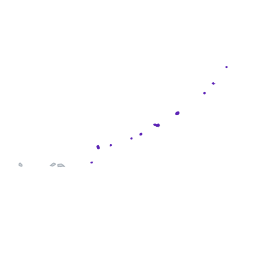 Northern Islands, Northern Islands, Northern Mariana Islands (highlighted), rotated 67°
{"feature_id": "39175420B77088391070908", "entity_name": "Northern Islands", "entity_type": "district", "adm_level": 2, "iso_a3": "MNP", "parent_name": "Northern Mariana Islands", "parent_adm1": "Northern Islands", "projection": "natural_earth1", "projection_center": [145.647, 18.28], "detail": "fine", "context": "in_parent", "style": "filled", "palette": "violet", "viewbox_px": 256, "rotation_deg": 67, "n_neighbors": 0, "source": "geoboundaries", "source_scale": "gbopen_adm2", "svg_char_len": 3355}
<svg xmlns="http://www.w3.org/2000/svg" viewBox="0 0 256 256"><g transform="rotate(67 128 128)"><path d="M136.3,206.4L136.2,207.4L134.7,207.1L134.2,206.7L135.1,203.5L137.3,202.0L138.4,201.7L137.4,203.2L137.2,205.0L136.3,206.4ZM133.6,212.2L132.3,214.0L131.4,211.2L131.3,210.1L132.4,209.0L133.1,209.1L133.6,212.2ZM121.5,241.2L120.0,242.8L118.9,242.5L118.2,241.9L118.1,241.0L120.5,240.0L121.5,240.4L121.5,241.2ZM137.1,101.5L135.6,102.2L137.4,98.7L138.0,98.1L138.8,99.4L137.1,101.5ZM135.0,77.1L134.1,78.4L133.3,77.4L133.1,75.5L134.4,75.7L134.9,76.1L135.0,77.1ZM135.1,163.5L134.4,163.7L133.5,163.6L132.8,163.0L132.6,162.1L134.6,162.0L135.3,162.7L135.1,163.5Z" fill="#d9dde1" stroke="#a8b0b8" stroke-width="1"/><path d="M135.0,102.6L135.3,102.6L135.5,102.5L135.8,102.3L135.8,102.2L136.0,102.0L136.0,101.9L136.1,101.7L136.2,101.4L136.3,101.3L136.5,100.9L136.6,100.7L136.8,100.6L137.0,100.5L137.0,100.4L137.3,100.4L137.5,100.6L137.6,100.4L137.8,100.0L137.9,99.9L138.0,99.6L138.0,99.3L138.0,99.2L137.9,98.9L137.9,98.7L137.6,98.4L137.4,98.4L137.2,98.3L136.9,98.3L136.6,98.5L136.4,98.7L136.4,98.9L136.4,99.0L136.5,99.2L136.6,99.4L136.6,99.5L136.5,99.8L136.5,100.0L136.5,100.4L136.5,100.6L136.4,100.7L136.2,100.9L136.1,101.0L135.9,101.2L135.7,101.3L135.6,101.2L135.4,101.4L135.2,101.6L135.1,101.9L135.1,102.1L135.1,102.3L135.0,102.5L135.0,102.6ZM132.8,76.5L132.9,76.8L132.8,77.0L132.9,77.3L133.0,77.5L133.2,77.8L133.2,78.0L133.3,78.1L133.5,78.2L133.6,78.3L133.9,78.3L133.9,78.2L134.0,78.0L134.2,77.9L134.3,78.0L134.4,77.9L134.5,77.7L134.5,77.4L134.5,77.2L134.7,76.9L134.7,76.7L134.6,76.4L134.6,76.2L134.5,75.9L134.4,75.9L134.2,75.7L133.9,75.5L133.8,75.4L133.7,75.4L133.4,75.3L133.2,75.5L133.0,75.9L132.9,75.9L132.9,76.0L132.8,76.3L132.8,76.5L132.8,76.5ZM132.7,162.5L132.7,162.8L132.7,163.0L132.8,163.1L132.8,163.3L132.9,163.5L133.0,163.5L133.3,163.7L133.5,163.6L133.8,163.6L134.0,163.6L134.3,163.6L134.6,163.6L134.8,163.7L135.1,163.6L135.2,163.4L135.3,163.3L135.3,163.1L135.4,162.9L135.4,162.7L135.1,162.5L134.9,162.4L134.7,162.4L134.1,162.5L133.9,162.4L133.7,162.4L133.4,162.4L133.2,162.4L132.9,162.4L132.7,162.5L132.7,162.5ZM138.2,118.4L138.2,118.5L138.2,118.8L138.3,118.9L138.4,119.1L138.5,119.2L138.6,119.3L138.9,119.3L138.9,119.2L139.0,119.1L139.2,118.9L139.3,118.8L139.3,118.6L139.2,118.2L138.9,118.0L138.9,117.9L138.7,117.8L138.4,117.9L138.4,118.0L138.3,118.3L138.2,118.3L138.2,118.4ZM125.4,43.9L125.4,44.2L125.5,44.4L125.7,44.5L125.8,44.5L126.0,44.4L126.2,44.2L126.2,43.8L126.1,43.6L125.9,43.4L125.7,43.4L125.6,43.5L125.4,43.7L125.4,43.9ZM138.7,128.8L138.7,129.0L138.8,129.2L138.9,129.3L139.0,129.3L139.2,129.1L139.3,129.0L139.3,128.9L139.2,128.8L139.2,128.7L138.9,128.5L138.7,128.6L138.7,128.8ZM136.7,150.4L136.7,150.5L136.8,150.6L137.0,150.8L137.3,150.9L137.3,150.7L137.4,150.4L137.3,150.2L137.2,150.1L136.9,150.2L136.8,150.3L136.7,150.4ZM110.2,13.5L110.3,13.7L110.3,13.8L110.5,13.8L110.6,13.7L110.7,13.4L110.4,13.2L110.3,13.3L110.2,13.4L110.2,13.5L110.2,13.5ZM120.5,32.5L120.6,32.4L120.8,32.3L120.8,32.2L120.7,32.0L120.7,31.9L120.6,32.0L120.6,32.3L120.5,32.5ZM145.4,175.3L145.5,175.3L145.5,175.2L145.8,174.8L145.8,174.7L145.7,174.6L145.6,174.9L145.5,175.0L145.4,175.1L145.4,175.3L145.4,175.3ZM119.9,32.2L119.9,32.3L120.0,32.5L120.1,32.4L120.0,32.2L120.0,31.9L119.9,31.9L119.9,32.0L119.9,32.2Z" fill="#8b5cf6" stroke="#5b21b6" stroke-width="1.5"/></g></svg>